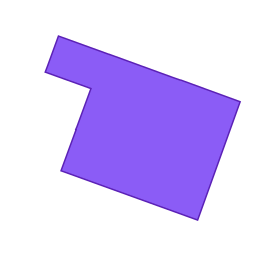 Boundary, Idaho, United States of America (Equal Earth projection), rotated 20°
{"feature_id": "52423323B63721358154647", "entity_name": "Boundary", "entity_type": "district", "adm_level": 2, "iso_a3": "USA", "parent_name": "United States of America", "parent_adm1": "Idaho", "projection": "equal_earth", "projection_center": [-116.64, 48.751], "detail": "fine", "context": "isolated", "style": "filled", "palette": "violet", "viewbox_px": 256, "rotation_deg": 20, "n_neighbors": 0, "source": "geoboundaries", "source_scale": "gbopen_adm2", "svg_char_len": 354}
<svg xmlns="http://www.w3.org/2000/svg" viewBox="0 0 256 256"><g transform="rotate(20 128 128)"><path d="M31.2,65.4L31.2,96.7L31.1,103.8L79.7,103.6L79.6,144.1L79.4,147.2L79.8,147.2L79.7,191.1L224.9,190.7L224.9,187.3L224.4,65.0L161.5,64.9L160.2,65.1L152.0,65.2L85.3,65.2L85.3,65.3L31.2,65.4Z" fill="#8b5cf6" stroke="#5b21b6" stroke-width="1.5"/></g></svg>